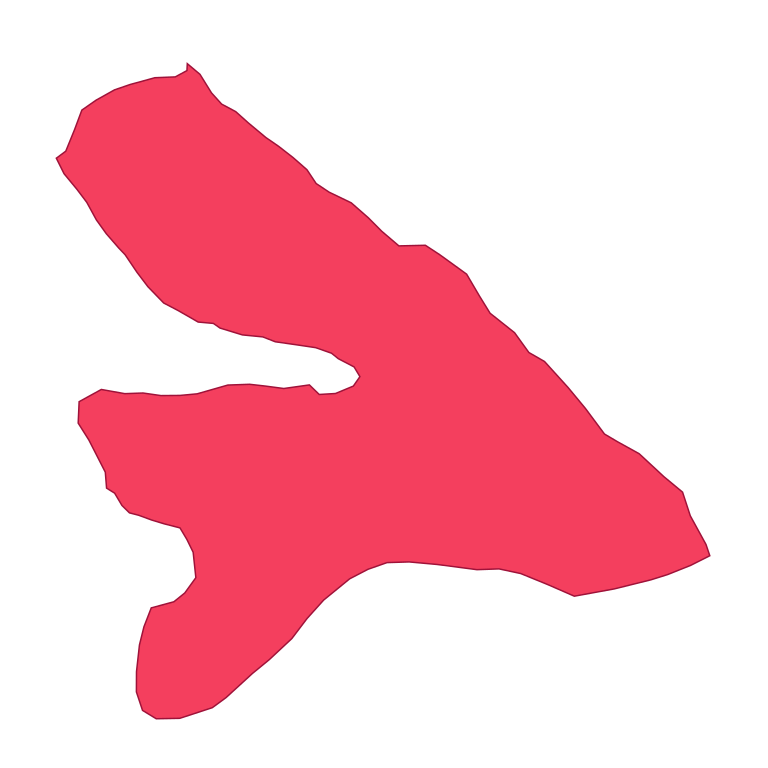 Zangilan District, Zəngilan, Azerbaijan, rotated 268°
{"feature_id": "54616110B64107713492867", "entity_name": "Zangilan District", "entity_type": "district", "adm_level": 2, "iso_a3": "AZE", "parent_name": "Azerbaijan", "parent_adm1": "Zəngilan", "projection": "robinson", "projection_center": [46.661, 39.06], "detail": "fine", "context": "isolated", "style": "filled", "palette": "rose", "viewbox_px": 768, "rotation_deg": 268, "n_neighbors": 0, "source": "geoboundaries", "source_scale": "gbopen_adm2", "svg_char_len": 1689}
<svg xmlns="http://www.w3.org/2000/svg" viewBox="0 0 768 768"><g transform="rotate(268 384 384)"><path d="M621.1,64.4L605.3,71.6L589.3,83.9L575.9,93.3L558.0,102.3L543.9,111.7L529.1,123.7L522.2,129.8L504.3,141.0L489.4,151.5L472.6,166.7L464.6,180.8L452.4,200.4L450.5,215.6L445.6,222.1L438.0,244.2L435.3,264.5L430.0,276.8L426.1,298.6L422.7,317.0L416.6,332.6L410.9,339.2L402.1,354.7L392.2,360.2L383.0,353.3L376.2,335.2L375.8,318.9L385.7,309.4L383.0,283.7L386.1,265.2L388.4,249.7L388.4,227.9L380.7,196.9L379.7,179.7L380.2,160.7L383.4,142.9L383.4,124.6L388.4,101.3L377.0,78.7L355.6,77.0L338.3,87.1L305.6,102.4L289.6,103.1L284.3,111.0L271.7,117.9L264.1,125.1L261.4,134.2L256.1,147.2L251.9,159.5L247.3,175.1L235.5,181.6L222.5,187.4L197.0,189.2L182.1,177.6L173.7,166.4L168.4,143.6L149.7,135.6L131.8,130.5L105.1,126.6L84.9,125.8L66.2,131.3L57.4,144.7L57.0,168.2L66.5,201.1L76.1,215.2L99.3,242.4L112.6,259.8L132.8,283.0L152.3,298.9L170.2,316.2L190.5,342.9L199.4,361.6L205.4,380.8L205.3,402.9L201.8,430.7L195.2,470.4L195.2,492.5L189.8,514.0L177.8,540.7L165.3,566.8L171.2,607.1L179.0,644.0L183.7,661.0L192.1,684.3L201.0,703.6L212.4,700.2L241.6,685.5L265.5,678.6L281.6,660.5L305.4,636.6L318.0,615.6L326.3,602.6L352.6,584.4L374.0,567.9L400.9,545.2L410.4,529.9L430.7,516.3L451.0,492.5L468.9,482.3L490.9,470.4L511.2,444.3L521.2,430.2L521.5,403.7L536.8,387.0L550.5,374.3L566.2,357.6L577.6,335.9L586.7,323.2L600.8,314.5L613.4,301.1L625.2,287.0L634.4,274.6L649.6,257.6L661.4,245.3L669.4,231.5L680.9,221.8L699.9,210.9L711.0,198.6L704.1,198.0L698.2,186.1L698.1,165.7L692.2,140.8L687.4,125.0L677.8,106.3L668.3,91.6L649.2,83.7L627.8,74.1L621.1,64.4Z" fill="#f43f5e" stroke="#9f1239" stroke-width="1.5"/></g></svg>